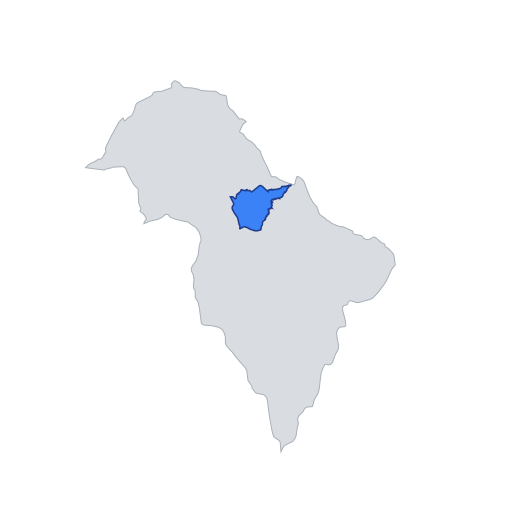 where Nana-Grébizi sits in Central African Republic, rotated 70°
{"feature_id": "CAF-807", "entity_name": "Nana-Grébizi", "entity_type": "Economic Prefecture", "adm_level": 1, "iso_a3": "CAF", "parent_name": "Central African Republic", "parent_adm1": "", "projection": "albers", "projection_center": [19.251, 7.51], "detail": "fine", "context": "in_parent", "style": "filled", "palette": "blue", "viewbox_px": 512, "rotation_deg": 70, "n_neighbors": 0, "source": "natural_earth", "source_scale": "10m", "svg_char_len": 7591}
<svg xmlns="http://www.w3.org/2000/svg" viewBox="0 0 512 512"><g transform="rotate(70 256 256)"><path d="M347.7,194.3L352.0,195.4L352.8,196.7L351.6,201.1L352.5,203.9L355.0,206.1L357.5,207.1L359.8,207.6L368.1,209.0L371.6,210.5L376.2,215.6L382.0,220.2L383.4,222.7L383.2,224.9L381.5,227.7L381.8,228.8L384.4,231.5L387.5,234.3L393.0,237.3L402.6,242.1L407.0,245.3L408.6,247.7L411.0,250.4L414.5,252.8L416.8,254.6L415.3,260.0L415.8,261.8L416.7,263.3L418.7,265.4L419.6,268.1L421.6,271.4L424.0,272.9L427.9,273.4L430.0,275.0L434.4,277.6L438.6,279.8L440.4,281.4L441.6,282.8L442.6,284.5L443.0,286.1L443.2,289.8L444.0,294.3L446.3,297.3L448.5,299.5L439.9,297.1L438.6,297.0L437.1,297.5L432.7,300.8L431.2,301.2L425.6,300.7L411.9,298.3L401.4,296.0L398.2,295.2L392.6,294.4L388.9,296.2L385.5,301.9L384.5,303.1L379.1,304.9L376.5,304.4L370.2,306.1L360.4,303.8L356.9,304.4L354.2,305.6L347.2,308.3L343.0,309.8L338.1,311.2L333.4,313.3L330.2,314.5L327.1,314.5L324.3,313.4L321.2,312.4L317.6,312.2L313.8,312.8L310.6,315.1L309.3,316.8L306.5,321.2L303.2,328.3L301.9,329.7L300.8,330.4L285.4,327.0L278.9,326.2L274.4,327.3L268.8,325.4L266.4,325.1L265.2,325.7L262.1,324.8L257.1,322.4L252.2,321.4L247.9,321.8L245.2,321.0L243.1,318.6L240.3,314.3L235.4,310.1L228.7,306.7L224.5,304.1L222.9,302.4L219.3,301.4L213.8,301.3L208.5,302.9L200.9,308.3L193.9,319.2L190.0,323.4L186.8,324.5L186.0,327.1L187.6,331.3L188.0,336.1L186.9,344.3L187.3,350.3L185.6,349.3L184.0,346.6L183.2,346.0L178.6,347.2L176.1,348.4L174.9,349.5L173.9,349.6L172.4,348.1L171.2,347.8L169.4,348.1L167.5,348.1L166.3,347.9L165.5,348.0L163.3,347.1L155.3,344.8L153.9,344.0L152.3,344.1L148.2,346.1L146.0,346.6L139.4,347.8L132.3,348.4L129.5,348.4L127.7,349.3L126.5,350.5L124.2,358.1L123.6,359.4L123.7,361.3L123.0,367.3L123.3,369.3L114.7,385.9L113.3,383.1L112.4,379.8L112.1,376.1L112.3,375.1L111.8,374.0L111.1,370.9L111.8,369.0L111.2,366.9L109.6,364.9L108.1,363.3L107.2,361.9L106.5,361.3L104.9,361.1L102.7,360.3L93.3,350.5L83.6,339.4L81.6,335.8L80.8,333.7L83.2,333.5L83.9,333.1L83.9,332.2L82.5,329.3L81.8,325.7L80.6,323.5L76.8,320.1L73.1,317.5L72.0,316.2L71.3,314.3L70.1,302.4L69.5,299.0L68.3,297.5L67.5,296.8L67.2,296.0L67.4,293.9L67.9,292.0L67.9,291.2L68.9,289.6L69.0,278.6L67.8,277.0L65.6,277.0L64.5,275.4L63.5,273.3L63.8,271.9L66.0,269.7L67.4,268.8L71.6,267.1L72.7,266.3L73.5,265.2L74.0,263.7L76.5,258.1L80.1,252.5L81.6,251.3L85.3,243.0L86.2,240.9L86.8,238.8L88.0,237.1L92.0,234.3L95.0,229.4L98.2,229.7L101.5,230.5L105.8,230.9L109.1,230.0L111.3,228.1L121.6,224.8L122.3,222.2L124.0,220.8L125.9,219.6L126.5,219.4L126.7,220.3L127.8,223.1L130.1,225.8L133.5,228.9L134.5,228.7L136.7,226.4L142.0,225.0L143.4,224.4L147.2,221.1L151.8,219.0L154.5,218.3L159.1,216.1L162.4,216.4L167.7,216.1L176.5,215.0L182.9,214.7L186.1,214.3L186.9,213.9L188.2,210.7L189.1,209.8L191.5,208.4L196.2,203.6L199.3,199.6L200.2,198.1L200.9,197.8L202.2,196.1L200.9,194.4L195.6,190.8L195.7,190.3L195.4,189.7L195.7,189.2L197.7,187.7L200.4,186.0L203.3,185.4L210.8,185.5L217.2,185.2L218.7,185.3L223.6,184.4L227.0,183.6L230.5,181.9L238.5,182.1L245.1,177.6L247.0,176.9L247.8,176.2L248.0,175.5L251.1,173.7L254.6,170.1L257.3,166.8L258.0,164.6L265.5,156.7L268.1,156.9L269.4,155.9L272.3,150.7L273.2,149.8L276.3,148.8L277.7,147.3L279.0,145.0L279.0,142.2L278.4,139.9L278.4,138.8L279.1,137.8L280.3,136.8L285.9,133.9L287.4,132.6L288.2,131.4L289.8,131.1L291.5,131.3L292.6,130.5L293.8,129.2L297.8,127.5L301.4,126.1L305.2,126.7L312.1,128.3L314.2,132.0L315.2,133.3L323.9,142.0L325.5,144.0L329.8,150.3L332.5,154.6L335.5,160.7L335.8,164.1L335.5,167.0L334.9,175.1L334.2,177.5L330.5,181.9L330.3,183.9L331.1,185.5L332.3,186.2L333.0,187.0L332.6,190.8L334.0,192.2L336.8,193.2L343.9,193.8L347.7,194.3Z" fill="#d9dde1" stroke="#a8b0b8" stroke-width="1"/><path d="M200.9,198.3L201.6,199.0L201.8,199.7L201.9,200.5L202.1,201.2L203.5,203.6L204.0,204.1L205.1,204.9L205.5,205.5L205.7,205.8L205.7,206.0L205.8,206.4L206.2,206.5L206.3,206.7L206.2,207.0L205.9,207.4L206.3,207.5L206.4,208.0L206.8,208.6L207.4,209.3L209.0,210.6L209.1,211.0L209.1,211.3L209.2,211.6L209.6,211.8L209.5,212.1L209.6,213.0L209.4,213.8L209.6,214.1L210.2,214.2L210.0,214.5L209.4,214.8L209.1,215.1L209.1,215.4L209.2,215.6L209.3,216.0L209.3,216.7L209.2,217.1L208.8,217.3L209.0,217.7L209.3,218.2L209.3,218.7L208.4,219.2L208.7,219.7L209.1,220.2L209.3,220.4L209.2,220.7L208.4,221.2L208.4,221.5L209.5,223.0L210.0,223.2L210.4,222.4L211.3,223.4L211.7,223.5L211.8,222.8L212.4,223.7L212.6,223.8L212.9,223.8L213.2,223.7L213.4,223.5L213.7,223.4L214.1,223.6L214.7,224.4L215.0,224.5L215.3,224.8L215.6,224.8L216.4,224.6L215.9,225.2L215.7,225.5L215.7,225.8L215.9,225.8L216.2,225.8L216.5,225.9L216.6,226.1L216.5,226.7L216.2,227.4L216.0,228.0L216.4,228.6L216.6,228.4L217.1,228.5L217.5,228.3L217.8,228.8L218.2,228.8L219.1,229.1L219.3,229.1L219.4,228.8L219.8,228.9L220.2,229.2L220.5,229.2L220.6,229.4L220.5,230.1L220.7,230.4L221.3,230.3L221.5,232.1L222.0,232.6L222.3,232.6L222.5,232.4L222.7,232.7L222.7,233.0L222.8,233.1L222.9,233.4L223.1,233.7L223.8,234.4L224.1,234.7L224.3,234.4L224.5,234.3L225.1,234.9L225.7,237.2L226.2,238.1L226.6,238.4L227.3,238.6L228.0,239.0L228.7,239.3L229.0,239.6L229.2,239.8L229.6,240.3L229.8,240.6L230.8,241.3L231.4,241.7L232.0,241.8L232.7,242.6L232.9,242.5L233.1,242.6L232.9,243.7L232.9,245.3L232.7,246.3L231.9,248.4L231.5,249.0L231.2,249.5L230.4,250.2L230.0,250.7L229.7,251.3L229.5,251.6L229.2,251.9L228.9,252.2L227.5,253.6L226.5,254.3L226.2,254.7L224.7,256.6L224.5,257.2L224.4,257.9L224.9,261.3L224.9,261.6L224.9,261.8L224.7,261.9L224.4,261.8L223.6,261.3L223.1,261.1L221.9,260.9L220.9,261.1L214.7,260.3L212.8,260.4L208.0,261.7L206.0,261.9L204.7,262.2L204.2,262.2L203.4,262.2L202.3,261.8L201.6,261.4L201.1,261.0L200.7,260.3L200.3,259.7L200.1,259.3L199.3,259.1L198.2,259.1L191.6,259.9L192.1,258.3L192.3,257.9L192.7,257.4L193.2,257.1L194.8,256.3L195.0,256.1L195.1,255.8L195.2,255.5L195.0,255.1L194.9,254.9L194.7,254.7L193.3,254.2L192.7,253.8L192.1,253.4L191.6,252.9L191.4,252.5L191.3,252.0L191.5,251.6L191.7,251.1L191.1,250.9L190.9,250.9L190.8,250.6L190.3,249.0L190.0,248.5L189.6,248.1L188.9,247.6L188.7,247.2L188.7,246.9L189.0,246.4L189.3,246.2L189.8,245.9L189.9,245.7L190.0,245.5L190.4,244.2L190.6,243.7L190.8,243.5L191.2,243.3L191.4,243.1L191.4,242.9L191.2,242.7L190.5,242.3L190.4,242.2L190.7,241.7L190.9,241.5L191.7,241.1L191.9,240.9L192.0,240.8L192.1,240.6L192.2,240.3L192.2,239.9L192.2,239.6L192.3,239.4L192.5,239.2L193.9,238.6L194.1,238.4L194.3,238.2L194.2,237.6L191.1,228.5L191.4,227.5L192.8,226.2L199.0,223.1L199.4,222.7L199.2,222.7L198.9,222.7L198.7,222.7L198.4,222.4L198.3,221.9L198.3,221.7L198.4,221.3L198.6,221.1L198.7,220.9L198.7,220.7L198.4,220.3L198.4,220.1L198.5,219.8L198.6,219.6L198.9,219.5L199.0,219.5L199.1,219.4L199.1,219.1L199.1,218.9L198.7,218.6L198.6,218.4L198.8,218.2L199.3,218.0L199.6,217.8L199.7,217.6L199.8,217.5L199.9,217.4L199.8,217.2L199.7,217.0L199.6,216.9L199.6,216.7L199.8,216.2L199.8,215.6L199.8,215.3L200.0,215.0L200.1,214.9L200.3,214.7L200.6,213.9L200.6,213.7L200.5,213.4L200.4,213.3L200.3,213.2L200.4,212.9L200.6,212.7L200.7,212.4L200.6,212.1L200.5,211.7L200.5,211.4L200.6,211.2L200.8,211.1L200.9,210.8L200.8,210.6L200.8,210.3L200.6,208.9L200.5,208.7L200.4,208.6L200.1,208.5L199.7,208.2L199.5,207.9L199.5,207.7L199.6,207.4L199.8,206.9L200.1,206.5L200.2,206.3L200.3,206.0L200.2,205.3L200.2,205.1L200.4,205.0L200.5,205.0L200.6,204.8L200.7,204.7L200.6,204.1L200.6,203.9L200.8,203.7L201.1,203.6L200.8,202.6L200.8,202.4L200.8,202.2L201.0,201.6L201.1,201.4L201.0,201.2L200.8,200.9L200.7,200.8L200.8,200.7L201.0,200.4L201.1,200.2L201.2,199.9L201.2,198.7L200.9,198.3Z" fill="#3b82f6" stroke="#1e3a8a" stroke-width="1.5"/></g></svg>